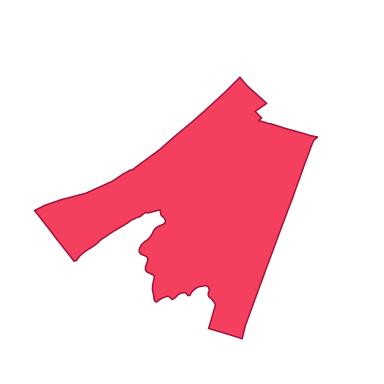 outline of Garcov, Romania, rotated 123°
{"feature_id": "2599482B23748012739102", "entity_name": "Garcov", "entity_type": "district", "adm_level": 2, "iso_a3": "ROU", "parent_name": "Romania", "parent_adm1": "", "projection": "robinson", "projection_center": [24.633, 43.762], "detail": "fine", "context": "isolated", "style": "filled", "palette": "rose", "viewbox_px": 384, "rotation_deg": 123, "n_neighbors": 0, "source": "geoboundaries", "source_scale": "gbopen_adm2", "svg_char_len": 3214}
<svg xmlns="http://www.w3.org/2000/svg" viewBox="0 0 384 384"><g transform="rotate(123 192 192)"><path d="M276.7,240.1L275.1,239.6L273.6,239.0L267.6,236.3L260.2,232.6L252.8,229.0L249.7,228.0L247.1,226.6L246.2,225.8L244.7,225.2L243.8,224.6L242.6,223.6L241.4,222.5L240.9,222.2L238.9,221.4L237.9,221.3L237.1,220.8L234.5,219.8L233.9,218.6L233.5,217.4L229.0,213.3L224.3,209.1L227.0,206.7L228.1,205.6L228.7,203.7L228.8,201.7L229.7,199.8L230.6,198.6L231.6,198.1L233.1,198.0L234.5,198.4L237.2,200.2L239.6,201.9L242.3,202.8L243.7,203.1L246.2,203.0L247.9,202.7L249.7,202.6L252.2,202.6L256.3,203.3L260.1,204.9L264.0,205.7L265.9,205.6L267.3,205.3L268.5,205.1L269.5,204.6L270.8,203.8L271.5,203.0L271.8,201.9L271.8,199.9L271.1,196.6L271.1,194.7L271.2,193.8L271.8,193.0L273.1,192.1L274.2,191.6L277.0,191.0L279.4,190.4L280.7,189.9L282.3,188.9L283.1,187.9L283.5,186.9L283.5,185.2L283.2,183.0L282.8,179.8L282.8,178.6L283.2,177.9L284.3,177.1L286.6,176.3L290.0,174.9L292.8,173.6L294.5,172.6L295.8,171.7L297.3,170.3L298.5,168.9L300.9,166.7L302.9,165.2L303.1,164.7L303.8,163.6L303.9,162.8L303.7,162.0L302.4,161.3L300.1,160.6L297.0,159.1L295.3,157.8L293.2,156.2L292.3,154.8L292.3,153.5L292.7,152.1L292.9,150.5L292.5,149.7L291.2,149.0L289.6,148.5L285.8,147.7L283.9,146.8L282.1,145.4L280.9,144.0L279.9,142.5L280.1,141.8L280.4,140.9L281.0,139.6L281.0,139.1L280.6,138.3L280.0,137.5L279.2,137.4L277.4,137.7L275.3,137.6L273.3,137.2L270.5,136.2L268.9,135.4L267.9,134.7L266.8,133.6L265.5,132.1L263.9,130.5L263.0,129.2L262.7,128.4L262.7,127.2L263.1,126.3L263.8,125.1L265.1,124.1L266.1,123.6L268.1,123.2L269.5,122.4L270.3,121.3L270.8,120.2L270.9,118.2L271.0,117.5L271.3,116.9L271.8,115.0L272.4,113.3L273.9,110.8L274.9,110.6L278.6,109.4L285.3,107.4L294.0,104.7L297.4,103.8L294.8,94.9L292.9,88.6L291.1,82.3L289.1,75.1L288.5,72.9L288.1,71.4L287.7,70.0L284.5,71.2L279.0,73.1L274.6,74.6L268.0,76.1L260.0,77.9L249.7,80.3L240.9,82.3L233.6,84.0L230.6,84.6L217.4,87.7L206.6,90.1L173.4,97.6L166.5,99.1L158.5,100.9L151.0,102.5L145.2,103.7L131.9,106.9L117.0,110.4L112.4,111.5L108.7,112.4L86.0,117.5L83.5,117.9L82.6,117.9L81.7,117.8L80.8,117.6L80.1,117.5L79.3,117.1L78.6,116.6L78.1,116.8L77.6,117.0L78.4,118.8L78.6,119.2L78.8,119.6L79.3,121.2L79.6,122.1L79.9,122.6L81.8,129.1L83.8,135.5L86.9,145.5L87.7,147.9L90.7,159.0L91.8,162.8L92.1,163.7L92.9,165.1L93.2,165.9L93.5,167.6L95.7,174.9L92.0,174.0L91.2,177.5L89.9,182.9L87.9,182.1L85.9,181.2L84.2,180.5L82.5,179.9L79.6,178.6L77.0,177.7L76.7,179.5L76.4,181.3L75.5,186.8L75.1,189.5L74.4,193.8L73.4,200.6L72.8,203.6L69.7,214.3L89.4,218.5L104.3,222.3L118.6,226.0L124.8,227.8L126.0,228.1L135.7,230.8L136.3,231.1L156.4,237.3L174.0,242.2L199.1,251.7L205.8,254.1L206.9,255.5L214.9,259.8L226.7,264.9L251.0,280.5L253.5,282.8L269.4,297.3L283.1,308.0L293.3,314.0L294.5,310.3L297.6,301.3L299.5,295.9L301.4,290.4L303.4,284.9L305.4,279.4L307.2,273.9L309.1,268.4L310.9,262.9L312.8,257.4L314.3,253.4L314.2,253.2L312.0,251.5L310.6,251.5L309.1,251.5L306.8,251.2L305.5,250.9L305.1,250.9L302.6,250.0L301.4,249.7L300.2,249.3L298.4,248.5L296.5,247.7L293.0,246.0L291.3,245.3L288.1,244.1L286.8,243.6L284.2,243.0L281.7,242.4L280.9,242.1L279.9,241.7L278.1,240.9L276.7,240.1Z" fill="#f43f5e" stroke="#9f1239" stroke-width="1.5"/></g></svg>